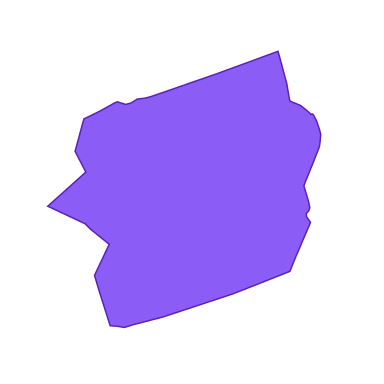 Um Kadadah, North Darfur, Sudan, rotated 341°
{"feature_id": "16777658B38169285241768", "entity_name": "Um Kadadah", "entity_type": "district", "adm_level": 2, "iso_a3": "SDN", "parent_name": "Sudan", "parent_adm1": "North Darfur", "projection": "orthographic", "projection_center": [27.208, 13.486], "detail": "fine", "context": "isolated", "style": "filled", "palette": "violet", "viewbox_px": 384, "rotation_deg": 341, "n_neighbors": 0, "source": "geoboundaries", "source_scale": "gbopen_adm2", "svg_char_len": 1612}
<svg xmlns="http://www.w3.org/2000/svg" viewBox="0 0 384 384"><g transform="rotate(341 192 192)"><path d="M250.3,88.3L230.5,88.3L212.2,88.4L184.0,88.4L178.2,88.0L170.5,86.3L163.5,88.0L157.8,87.6L150.8,82.4L147.6,82.6L143.3,83.4L133.2,85.2L125.4,86.3L113.7,87.7L112.4,89.4L94.7,115.5L98.1,138.6L51.0,158.5L67.4,174.4L80.6,187.2L83.9,194.1L96.7,214.5L72.7,239.1L72.0,254.8L71.1,291.8L77.4,294.5L83.0,297.5L84.1,298.1L93.0,298.3L124.0,300.7L197.4,301.6L218.9,300.7L258.8,298.9L259.1,298.6L259.8,297.7L265.7,290.8L266.4,290.1L269.5,286.5L269.8,286.1L271.0,284.9L277.0,278.3L277.3,278.0L279.4,275.6L287.5,266.7L290.4,263.5L291.3,262.5L292.5,261.2L294.2,259.2L293.9,258.3L293.8,257.7L293.5,257.0L293.5,256.9L292.5,253.4L292.2,252.5L292.4,251.8L292.6,251.3L293.1,249.5L295.3,248.4L296.0,248.0L296.5,247.4L297.1,246.7L298.3,245.1L298.8,241.4L299.2,238.2L299.2,237.2L299.5,229.4L299.7,225.3L299.8,222.6L301.1,221.0L302.6,219.2L305.5,215.9L311.3,209.2L312.9,207.4L320.7,198.3L324.5,193.9L327.2,190.6L327.5,190.1L328.8,187.5L329.5,186.2L330.7,183.4L332.5,179.4L332.8,175.0L332.9,171.9L332.9,169.6L333.0,167.4L333.0,166.7L332.9,165.5L332.9,165.0L332.3,161.1L331.9,158.4L331.6,158.0L331.3,157.5L331.0,157.3L330.7,157.3L330.2,157.3L329.8,157.3L329.5,157.2L329.3,156.8L329.3,156.5L328.8,155.3L328.5,154.7L327.8,153.6L327.5,153.1L326.7,151.7L322.9,145.6L321.1,144.0L314.4,138.1L314.2,137.9L314.4,136.8L314.2,136.7L315.9,126.3L316.3,123.9L316.6,122.4L316.9,120.4L317.5,111.5L317.7,108.1L317.9,106.2L318.8,92.4L318.9,91.1L319.1,87.0L307.5,87.2L251.6,88.3L250.3,88.3Z" fill="#8b5cf6" stroke="#5b21b6" stroke-width="1.5"/></g></svg>